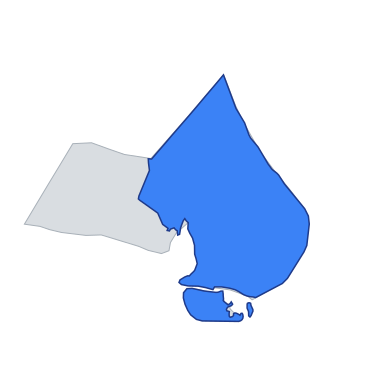 where Al Jahrah sits in Kuwait, rotated 122°
{"feature_id": "KWT-1667", "entity_name": "Al Jahrah", "entity_type": "Province", "adm_level": 1, "iso_a3": "KWT", "parent_name": "Kuwait", "parent_adm1": "", "projection": "equal_earth", "projection_center": [47.841, 29.537], "detail": "fine", "context": "in_parent", "style": "filled", "palette": "blue", "viewbox_px": 384, "rotation_deg": 122, "n_neighbors": 0, "source": "natural_earth", "source_scale": "10m", "svg_char_len": 2835}
<svg xmlns="http://www.w3.org/2000/svg" viewBox="0 0 384 384"><g transform="rotate(122 192 192)"><path d="M308.1,317.1L287.0,317.5L260.3,318.0L238.7,318.3L214.2,318.7L203.5,303.3L199.9,286.4L196.0,269.2L185.4,244.6L149.6,238.6L130.6,235.5L99.3,230.8L75.9,227.3L95.7,200.8L104.9,186.6L121.6,155.8L130.1,134.0L138.4,109.7L145.5,90.8L147.0,87.4L151.1,81.0L160.2,74.5L173.3,68.3L195.5,65.6L211.1,65.5L214.6,65.7L224.4,68.8L251.6,83.9L250.9,89.9L254.8,107.7L263.5,127.1L270.7,142.8L271.6,150.2L265.0,149.1L260.0,146.1L250.5,143.0L232.1,163.9L220.9,175.3L220.6,179.2L235.4,183.6L246.3,183.5L254.0,180.4L260.4,185.3L264.7,198.2L266.4,208.7L276.5,246.2L285.0,258.9L295.5,281.3L299.4,292.9L301.7,302.7L308.1,317.1ZM287.5,141.8L280.6,145.4L275.9,143.9L271.4,135.2L264.0,113.6L268.0,105.6L267.9,102.1L268.7,99.5L270.9,97.8L273.3,87.7L276.5,84.6L281.7,91.4L296.3,116.2L296.2,126.4L295.4,130.4L287.5,141.8Z" fill="#d9dde1" stroke="#a8b0b8" stroke-width="1"/><path d="M214.7,65.3L221.7,66.9L247.8,82.1L248.7,84.8L250.0,87.3L251.1,90.4L251.7,93.8L251.7,99.8L252.0,103.6L253.6,109.0L256.8,116.7L260.5,122.6L263.7,122.5L265.8,129.7L268.6,136.9L273.7,145.5L276.1,151.9L275.6,155.1L272.9,155.6L267.9,153.1L265.4,151.3L264.6,149.8L262.2,149.4L259.2,148.6L257.1,148.2L250.0,149.6L246.4,153.2L243.3,156.8L235.9,161.6L230.8,167.1L228.1,172.1L225.5,176.0L220.0,179.0L219.5,181.6L218.4,184.0L221.1,184.2L225.6,183.3L228.9,182.5L231.6,181.3L234.5,180.1L236.1,181.3L232.7,184.0L232.7,185.9L231.9,188.2L234.9,190.6L237.0,190.5L237.2,191.1L237.8,192.7L235.5,193.1L235.0,199.7L228.0,209.9L226.7,231.7L226.3,233.8L223.5,234.9L196.3,239.5L190.4,244.3L187.0,246.7L185.5,243.8L185.4,243.7L178.6,242.7L166.5,240.8L154.4,239.0L142.3,237.1L130.2,235.2L116.7,233.2L103.1,231.3L89.6,229.3L76.0,227.4L79.5,222.8L97.9,198.9L105.5,184.0L113.4,174.0L115.2,170.9L118.8,159.9L127.9,142.4L130.3,136.4L130.6,134.7L131.1,129.9L131.7,127.5L136.2,117.9L146.5,87.5L150.7,80.6L157.0,75.6L176.5,66.3L183.5,65.3L214.7,65.3ZM296.9,128.0L294.6,132.9L290.9,138.4L286.4,143.2L281.9,145.8L281.1,145.7L276.7,145.1L273.7,140.9L269.5,129.2L264.5,118.6L263.8,117.6L263.1,116.7L260.7,115.0L259.7,113.4L262.0,111.5L263.4,110.6L266.1,108.5L267.4,108.1L267.9,107.1L268.6,101.6L266.6,100.7L265.6,100.5L264.5,100.5L264.4,100.5L265.6,98.1L267.4,98.3L270.3,100.5L271.7,100.8L273.3,100.6L274.3,99.6L273.6,97.0L275.8,95.9L277.6,94.6L278.0,93.2L276.1,91.6L274.7,91.4L273.1,92.3L271.9,91.6L271.4,90.6L271.1,88.9L271.0,87.2L271.1,86.0L269.0,86.1L268.7,85.8L268.3,85.3L268.8,84.2L270.3,82.8L272.0,82.0L273.7,81.9L275.4,82.5L277.0,83.8L295.9,115.0L297.7,120.8L296.9,128.0ZM263.7,80.5L262.9,81.4L261.7,83.2L261.2,83.8L257.9,85.8L257.0,86.0L256.1,85.4L255.4,84.3L255.3,83.3L256.9,81.9L259.4,78.1L260.7,77.2L265.5,76.4L267.3,76.6L267.0,78.3L263.7,80.5Z" fill="#3b82f6" stroke="#1e3a8a" stroke-width="1.5"/></g></svg>